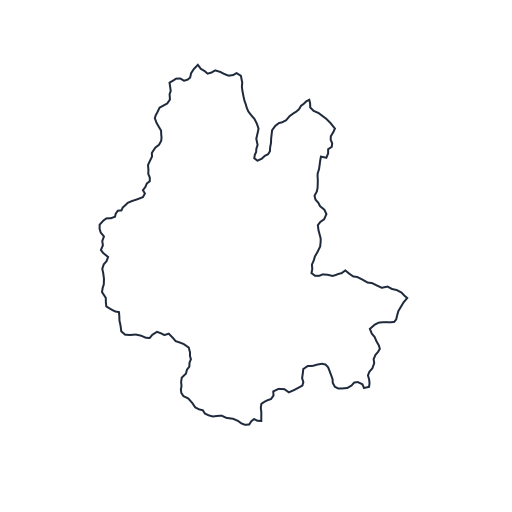 Ouro Fino, Minas Gerais, Brazil (Natural Earth projection), rotated 302°
{"feature_id": "56859067B45717322204832", "entity_name": "Ouro Fino", "entity_type": "district", "adm_level": 2, "iso_a3": "BRA", "parent_name": "Brazil", "parent_adm1": "Minas Gerais", "projection": "natural_earth1", "projection_center": [-46.373, -22.267], "detail": "fine", "context": "isolated", "style": "outline", "palette": "slate", "viewbox_px": 512, "rotation_deg": 302, "n_neighbors": 0, "source": "geoboundaries", "source_scale": "gbopen_adm2", "svg_char_len": 3948}
<svg xmlns="http://www.w3.org/2000/svg" viewBox="0 0 512 512"><g transform="rotate(302 256 256)"><path d="M133.9,155.8L134.0,162.3L134.4,166.2L135.8,169.5L132.5,172.0L128.9,174.4L125.2,178.0L120.7,181.7L119.9,186.7L122.3,191.1L125.7,195.7L127.5,200.7L128.3,205.9L130.1,209.3L134.2,209.8L139.2,212.2L140.1,216.5L140.4,220.2L143.9,223.2L142.4,229.3L141.2,232.9L142.2,237.0L143.0,241.3L142.7,247.5L139.3,251.1L136.2,253.0L134.0,255.5L130.4,256.1L126.8,258.1L123.1,257.7L119.1,258.9L113.5,257.5L109.4,259.3L106.2,261.8L103.0,263.0L100.4,265.1L98.7,268.7L99.3,274.0L97.6,279.8L95.4,284.7L95.8,289.1L97.0,292.6L95.3,296.2L95.8,300.3L97.0,304.4L100.2,308.4L102.4,311.5L103.0,316.6L105.8,322.8L106.6,328.1L106.3,332.2L107.0,336.1L109.5,339.5L113.5,339.6L116.7,340.8L117.0,344.4L118.9,347.9L123.4,345.1L126.5,343.2L129.8,340.5L133.5,338.9L136.8,340.4L139.8,342.2L142.6,344.5L146.9,344.8L150.3,342.4L155.2,345.5L158.1,350.6L157.8,356.1L162.3,359.2L166.6,361.7L170.7,364.0L174.1,363.0L176.9,359.8L180.8,358.1L185.2,356.0L190.0,358.1L193.0,362.5L196.2,365.3L199.6,369.1L200.8,372.5L199.8,376.2L196.8,380.2L194.1,383.7L192.0,386.3L189.1,388.3L186.9,392.1L187.2,395.9L189.5,399.5L192.5,403.4L196.9,405.7L200.7,406.3L203.0,409.1L203.6,414.2L201.3,417.5L204.9,421.2L208.1,419.8L211.1,417.5L214.1,414.2L218.0,413.5L222.5,414.2L227.8,413.0L230.9,410.4L235.5,409.7L239.1,410.3L242.9,410.2L245.3,407.5L247.6,403.2L250.2,399.5L251.5,395.4L254.5,391.2L260.8,393.1L264.5,395.4L266.8,398.3L268.7,401.2L270.9,405.0L273.3,408.1L276.5,408.5L280.6,407.1L284.7,405.9L289.8,405.8L294.9,405.7L300.5,406.5L301.0,403.0L302.1,398.7L301.7,393.3L300.1,388.9L299.8,383.8L295.7,379.5L295.0,373.7L294.5,368.7L292.6,364.7L292.4,358.8L291.8,352.8L290.2,349.4L290.4,344.5L291.1,339.4L286.8,337.7L284.5,335.4L282.0,333.6L279.6,331.4L278.1,326.8L275.8,322.4L272.7,320.1L270.5,316.6L270.9,312.1L274.7,310.7L278.3,308.0L283.0,307.3L286.8,306.2L292.1,306.0L298.0,305.4L302.3,303.3L305.2,301.5L308.1,298.4L311.1,295.2L315.0,292.1L319.0,292.5L323.2,294.3L328.9,293.5L331.5,289.4L332.2,283.9L334.1,280.8L335.4,276.5L338.1,273.7L343.0,273.4L346.6,272.0L349.4,270.4L353.0,268.3L355.6,266.4L358.5,264.6L363.1,263.4L367.4,261.5L370.9,259.9L374.7,258.4L376.6,263.6L381.2,262.8L384.8,260.6L388.7,262.4L391.9,260.9L394.2,257.7L397.2,256.0L402.3,255.9L405.9,255.4L408.3,248.5L409.6,242.7L410.0,237.6L410.4,233.3L409.6,228.0L410.7,223.3L414.1,221.0L416.7,218.4L413.9,216.7L410.2,215.8L407.3,214.6L403.2,214.7L399.7,213.6L396.5,212.0L392.4,210.4L387.1,209.6L383.2,207.3L380.9,205.0L376.6,203.4L371.2,203.0L366.8,205.1L363.8,206.5L360.0,208.7L355.2,210.6L352.3,212.3L348.7,212.3L345.6,210.4L341.5,209.3L337.6,206.7L338.0,202.7L341.1,201.4L344.2,201.0L347.1,199.5L351.0,198.5L355.6,194.1L362.3,191.8L365.3,190.7L368.6,186.7L371.4,182.1L372.7,177.8L374.5,172.9L376.8,169.6L379.2,167.0L381.5,164.0L384.5,161.0L388.5,157.3L391.8,154.5L395.8,152.4L400.8,147.7L400.8,142.6L397.3,140.7L394.4,137.2L393.5,132.4L393.2,128.3L391.8,123.1L387.8,120.9L385.0,118.3L385.6,114.6L385.5,109.9L387.3,105.4L381.6,104.2L376.6,104.1L372.4,105.6L369.4,104.6L366.5,102.1L366.4,97.8L364.1,94.3L360.7,92.7L357.2,90.8L353.8,93.7L350.8,96.2L347.4,97.0L343.1,100.1L338.3,99.9L334.6,97.8L330.7,95.6L325.6,96.2L322.2,96.4L319.2,97.2L316.2,101.1L313.7,105.8L312.0,109.1L309.0,111.1L306.4,113.1L303.3,114.6L298.8,114.8L294.6,113.2L291.4,113.1L288.1,113.1L285.3,115.1L280.8,115.6L275.9,116.2L272.1,119.1L268.6,121.1L266.2,124.4L263.1,126.3L259.7,125.0L255.8,125.6L251.9,125.2L250.1,128.7L246.0,128.9L241.1,125.2L236.9,121.7L233.2,119.1L230.0,118.3L226.6,117.3L223.3,117.7L221.2,114.8L217.6,114.6L214.6,115.6L211.3,113.1L208.6,109.2L205.2,107.8L199.7,106.8L196.1,109.0L193.6,111.9L192.0,116.7L187.2,117.7L183.9,120.5L178.9,121.3L177.5,125.0L176.8,131.1L172.3,132.0L168.3,131.3L163.7,132.4L160.4,135.6L155.9,139.3L151.2,142.0L147.9,142.8L143.8,144.5L140.9,150.8L136.9,153.4L133.9,155.8Z" fill="none" stroke="#1e293b" stroke-width="2"/></g></svg>